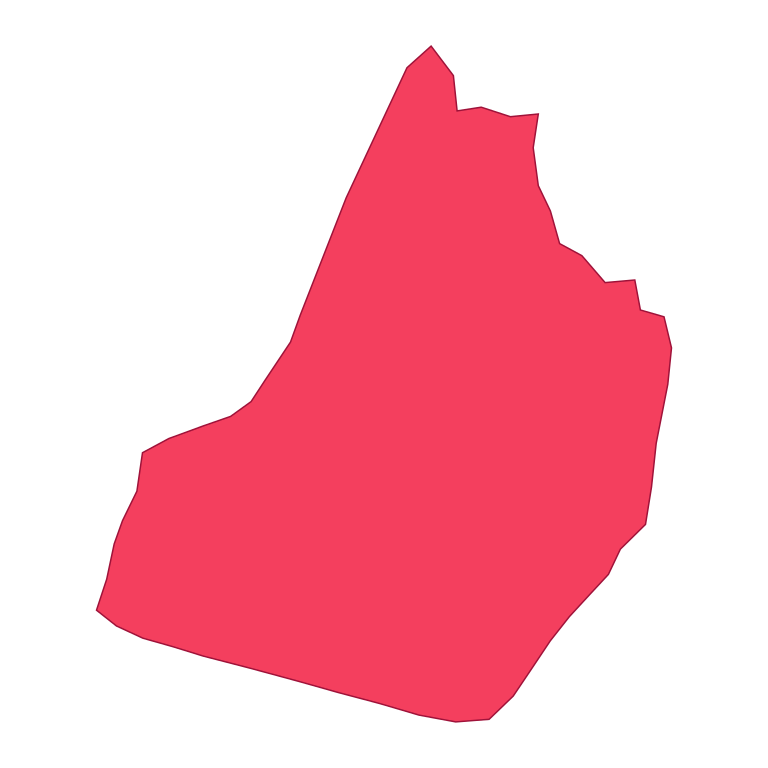 outline of Riachão do Poço, Paraíba, Brazil
{"feature_id": "56859067B79457448818659", "entity_name": "Riachão do Poço", "entity_type": "district", "adm_level": 2, "iso_a3": "BRA", "parent_name": "Brazil", "parent_adm1": "Paraíba", "projection": "robinson", "projection_center": [-35.291, -7.148], "detail": "fine", "context": "isolated", "style": "filled", "palette": "rose", "viewbox_px": 768, "rotation_deg": 0, "n_neighbors": 0, "source": "geoboundaries", "source_scale": "gbopen_adm2", "svg_char_len": 787}
<svg xmlns="http://www.w3.org/2000/svg" viewBox="0 0 768 768"><path d="M96.5,610.2L116.5,626.0L142.9,638.2L172.6,646.6L203.3,656.1L250.1,668.2L298.8,681.4L337.8,692.4L379.6,703.5L419.0,715.1L455.7,721.9L489.1,719.3L513.2,696.1L529.5,671.9L550.3,640.8L569.4,616.6L590.3,593.9L608.4,574.4L620.4,549.1L645.5,524.4L651.5,487.0L656.2,443.3L667.8,384.3L671.5,347.9L664.0,316.8L640.4,310.0L634.8,280.0L605.1,282.6L581.9,255.7L559.6,243.6L550.4,211.0L538.3,185.7L533.2,147.7L538.3,114.0L510.4,116.7L481.2,107.2L457.1,110.9L453.4,75.6L431.1,46.1L407.0,67.7L346.2,197.8L320.2,264.2L300.2,315.3L290.5,342.1L264.5,381.1L251.1,401.6L230.6,416.4L203.3,425.9L168.9,438.5L142.5,452.7L136.9,491.2L122.5,520.7L114.2,543.9L106.7,579.2L96.5,610.2Z" fill="#f43f5e" stroke="#9f1239" stroke-width="1.5"/></svg>